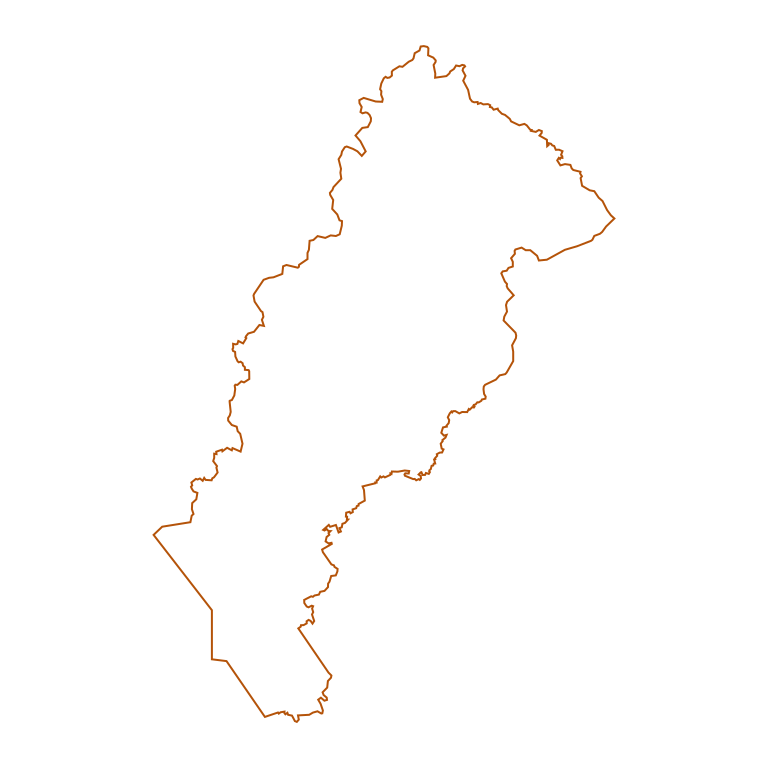 Mueang Nakhon Nayok, Nakhon Nayok, Thailand
{"feature_id": "78962969B8624849534674", "entity_name": "Mueang Nakhon Nayok", "entity_type": "district", "adm_level": 2, "iso_a3": "THA", "parent_name": "Thailand", "parent_adm1": "Nakhon Nayok", "projection": "orthographic", "projection_center": [101.222, 14.26], "detail": "fine", "context": "isolated", "style": "outline", "palette": "amber", "viewbox_px": 768, "rotation_deg": 0, "n_neighbors": 0, "source": "geoboundaries", "source_scale": "gbopen_adm2", "svg_char_len": 6081}
<svg xmlns="http://www.w3.org/2000/svg" viewBox="0 0 768 768"><path d="M153.6,534.9L211.9,610.2L211.9,659.3L226.5,661.1L264.9,716.9L278.0,712.5L278.8,713.6L280.5,712.3L284.5,711.6L284.4,713.1L285.4,714.3L287.4,712.8L288.1,714.8L292.0,715.6L294.9,721.1L296.8,721.9L298.8,719.6L298.0,715.4L309.2,714.8L312.9,712.6L317.5,711.3L321.3,713.5L322.3,713.3L322.9,710.5L320.6,703.8L318.2,699.7L320.9,697.7L324.4,700.7L327.0,699.9L326.7,697.6L323.6,695.0L322.6,692.3L327.2,687.6L327.9,681.0L331.0,677.7L331.4,675.5L328.5,672.6L298.3,628.4L300.7,626.7L301.0,625.2L303.6,625.1L306.7,623.4L306.6,621.3L308.6,619.9L310.6,620.9L312.5,623.6L314.2,621.0L312.0,614.5L313.2,612.1L312.1,608.6L313.1,606.2L311.7,605.7L308.5,607.3L306.7,606.5L304.3,603.0L304.2,599.9L311.2,596.3L312.9,596.8L314.5,595.5L318.9,594.6L320.2,591.8L324.5,590.9L328.0,587.1L328.1,583.6L329.5,581.7L331.2,576.0L335.8,575.4L337.4,571.4L337.6,568.9L334.5,566.9L334.0,565.4L331.4,564.4L322.9,552.2L322.1,549.5L331.8,543.9L331.5,542.8L328.6,543.4L325.6,541.4L326.6,537.0L329.3,534.8L328.5,533.1L330.5,531.1L328.4,531.0L326.7,529.1L324.5,530.5L323.2,529.9L328.8,524.9L330.1,526.8L335.9,525.0L338.6,532.5L340.9,531.5L339.5,528.1L341.8,527.3L342.4,523.8L345.0,522.9L348.1,519.5L346.9,519.4L347.1,516.7L345.9,516.6L346.2,512.7L349.6,511.8L350.5,513.3L352.8,512.1L352.6,509.4L356.2,508.2L356.8,506.1L358.5,505.6L358.6,504.0L364.8,500.6L364.0,490.1L362.6,486.4L375.2,483.3L375.2,482.5L376.6,482.6L376.7,480.4L377.9,480.1L380.2,476.4L381.3,477.5L383.5,476.4L384.9,477.4L390.3,474.9L390.4,473.4L391.5,473.9L391.9,471.5L397.9,471.7L404.7,470.5L409.2,471.0L408.7,473.5L405.3,473.3L404.5,474.4L404.9,475.7L413.2,479.1L414.7,478.9L416.2,480.3L418.8,479.1L419.8,479.9L421.0,478.5L420.7,476.0L418.6,474.5L420.7,472.4L421.4,472.2L422.6,475.0L425.1,474.9L425.9,473.0L428.8,473.9L429.9,472.1L429.2,471.4L429.4,470.3L430.8,469.1L431.6,465.8L433.2,465.5L433.7,463.7L435.2,463.5L434.1,459.5L435.3,459.2L435.0,458.2L437.2,455.8L436.8,454.2L439.7,452.6L442.1,452.5L443.5,449.4L441.7,448.6L440.7,443.7L442.7,441.1L442.4,440.1L445.5,437.6L446.6,434.9L443.9,435.6L441.3,432.8L443.0,427.4L446.8,426.6L446.5,425.7L448.7,423.1L449.2,420.1L447.8,417.3L449.8,413.3L451.4,411.5L452.2,412.4L453.2,411.1L455.3,411.1L459.3,413.4L462.1,412.0L467.2,412.1L468.8,409.0L469.7,409.7L472.2,407.2L473.9,407.5L474.5,406.6L473.4,405.6L473.8,404.9L475.6,404.4L477.3,402.3L478.7,402.4L481.3,400.8L481.9,399.5L485.4,398.7L485.7,396.6L484.1,394.0L483.5,389.2L483.8,386.5L485.1,384.8L495.9,379.6L499.6,375.4L505.3,374.1L506.7,372.5L513.2,361.1L513.2,351.7L512.1,345.3L515.9,338.2L516.2,335.5L515.5,332.7L503.6,320.5L504.3,316.6L507.0,311.6L506.0,305.1L507.1,301.7L513.7,295.3L507.7,288.4L506.7,286.1L507.0,284.0L504.9,281.6L501.3,273.3L502.7,271.4L506.7,270.7L508.5,267.9L512.8,266.5L512.8,261.8L511.1,258.2L514.9,253.8L514.6,250.9L515.4,249.5L521.6,247.6L525.7,250.2L530.3,250.2L537.1,255.8L538.9,260.5L546.9,259.7L564.9,249.8L576.9,246.3L591.1,240.8L592.4,239.8L594.3,235.9L599.9,233.8L602.1,232.0L606.1,226.5L614.4,218.5L610.9,215.3L607.1,210.1L602.5,201.0L598.7,197.7L594.3,191.2L589.7,190.3L582.1,185.8L580.6,178.1L581.9,176.3L580.1,173.5L580.5,171.8L573.3,170.0L571.7,168.4L570.4,164.9L565.0,164.1L560.4,165.4L557.2,160.4L558.8,157.9L560.0,159.0L560.6,157.7L562.4,157.9L562.3,156.3L561.1,154.8L562.5,151.2L559.0,149.7L555.8,149.8L554.2,146.0L552.3,145.4L551.0,143.8L548.3,143.1L548.6,145.0L547.2,146.2L546.9,139.8L539.5,135.6L541.7,132.9L541.8,131.1L538.9,130.0L535.8,131.9L531.1,130.9L531.6,130.0L530.2,129.7L526.8,125.4L524.4,123.9L519.3,125.3L511.1,121.4L509.8,118.9L505.0,114.9L501.9,113.8L498.2,110.1L497.7,108.6L493.6,109.7L491.8,107.4L489.9,107.0L490.2,105.2L487.9,104.1L483.3,104.4L480.7,103.0L477.9,103.9L477.6,102.0L474.2,102.3L472.1,101.5L470.0,98.7L468.1,89.9L463.2,80.7L465.5,75.8L462.6,70.4L463.1,68.3L465.1,66.4L464.4,65.4L462.2,64.9L459.5,66.2L456.1,65.5L453.8,69.1L450.2,71.5L449.4,73.4L446.4,76.1L435.1,77.7L435.3,73.6L433.6,65.0L435.6,61.9L435.7,60.4L433.3,57.6L428.1,55.3L428.4,48.3L427.3,46.9L423.8,46.1L420.7,46.5L419.5,50.5L414.7,53.2L413.5,58.4L412.3,60.0L408.8,61.7L402.5,66.8L399.4,66.3L392.8,70.4L391.8,71.8L391.9,75.6L389.6,77.5L387.3,77.9L385.6,76.8L383.8,78.3L381.3,83.5L380.1,89.2L381.4,91.2L381.1,94.7L382.8,99.1L382.2,101.8L375.7,101.5L363.7,97.9L359.3,100.2L359.5,103.2L361.7,107.0L360.5,112.0L362.5,113.3L365.6,112.4L367.5,112.9L369.6,115.0L371.0,118.2L370.8,121.3L367.8,127.1L362.3,127.9L355.5,135.5L360.4,141.2L365.7,151.4L361.8,155.9L357.4,151.3L353.0,148.9L346.7,146.5L344.8,147.2L342.0,151.5L341.3,154.9L338.6,159.2L341.0,168.8L340.4,172.7L341.3,178.7L333.5,187.1L332.4,190.0L329.9,192.9L330.2,194.9L333.2,200.0L332.2,208.9L337.3,214.5L339.5,220.3L342.0,221.1L341.8,225.7L339.7,234.3L335.9,236.0L330.7,235.4L325.3,237.9L317.6,236.1L313.4,240.0L309.6,240.8L308.9,249.8L307.5,252.9L307.5,259.1L299.1,264.8L298.9,266.8L297.8,267.7L286.5,265.0L283.1,266.3L282.3,273.9L273.5,277.3L269.1,277.8L263.6,279.8L254.1,293.9L253.5,295.5L254.6,301.6L261.0,311.1L262.5,312.1L263.4,316.8L261.9,319.8L263.9,325.9L259.4,325.0L254.0,331.8L248.2,333.5L246.1,336.1L245.5,337.4L246.3,338.1L243.1,343.4L238.3,341.0L237.4,343.9L235.7,344.4L233.1,343.8L233.2,347.9L232.5,349.1L233.0,350.9L235.1,351.9L235.4,356.5L237.6,361.3L238.7,362.3L240.6,361.7L242.6,363.2L243.0,365.5L244.9,367.2L244.9,369.8L248.6,370.1L249.2,371.2L249.3,379.0L244.0,382.4L241.3,381.4L237.4,384.9L235.4,384.7L234.7,385.7L235.2,389.0L234.3,395.5L231.9,400.0L229.7,400.8L229.6,401.6L230.7,411.9L229.8,415.4L228.1,418.0L228.2,420.6L231.8,425.0L236.7,426.7L237.7,431.2L240.2,433.8L242.5,443.7L240.6,451.6L232.5,448.1L231.8,450.3L227.1,447.8L222.4,451.3L222.0,449.7L216.2,451.7L216.5,454.1L214.2,453.7L214.2,457.9L213.2,461.1L217.0,466.1L216.4,467.6L217.6,472.5L214.0,477.3L212.3,478.3L211.6,480.3L205.6,479.9L204.2,477.9L202.7,480.8L199.9,478.5L197.6,479.5L195.9,478.9L191.4,482.5L192.2,485.4L191.0,486.8L191.8,488.7L193.5,491.4L197.4,492.9L196.3,499.3L192.2,503.1L191.9,509.2L193.5,514.0L191.7,515.7L190.4,522.2L162.2,526.7L153.6,534.9Z" fill="none" stroke="#b45309" stroke-width="2"/></svg>